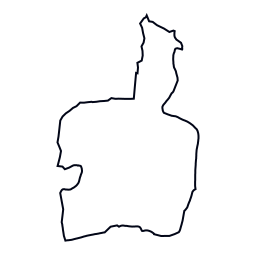 Harad, Hajjah, Yemen
{"feature_id": "15242507B65973742405389", "entity_name": "Harad", "entity_type": "district", "adm_level": 2, "iso_a3": "YEM", "parent_name": "Yemen", "parent_adm1": "Hajjah", "projection": "equal_earth", "projection_center": [43.134, 16.476], "detail": "fine", "context": "isolated", "style": "outline", "palette": "ink", "viewbox_px": 256, "rotation_deg": 0, "n_neighbors": 0, "source": "geoboundaries", "source_scale": "gbopen_adm2", "svg_char_len": 4729}
<svg xmlns="http://www.w3.org/2000/svg" viewBox="0 0 256 256"><path d="M174.7,31.1L173.9,30.8L173.4,30.6L173.1,30.7L170.2,31.7L169.4,32.0L163.9,28.5L159.7,26.5L157.0,25.2L152.7,21.9L149.1,21.3L146.7,15.4L145.8,17.3L143.8,18.4L140.1,23.5L142.1,27.8L143.1,33.2L144.4,38.3L143.6,42.6L141.5,46.4L142.5,50.9L142.7,55.6L141.7,60.6L137.4,62.8L138.0,67.5L137.5,73.3L136.1,72.9L134.8,87.2L133.8,98.7L130.1,98.9L126.1,98.9L119.2,98.7L118.6,98.7L118.3,98.7L116.0,98.8L115.2,98.8L111.4,98.1L107.9,100.6L104.0,101.0L100.1,101.2L96.3,101.8L92.4,102.1L91.7,101.8L87.7,102.2L83.9,102.7L80.1,102.6L79.5,103.2L76.5,106.2L73.0,107.9L69.5,110.9L65.9,113.3L62.6,116.5L60.3,120.5L59.7,125.9L59.1,131.3L58.5,136.6L57.5,142.4L59.3,146.7L61.0,151.0L59.9,157.1L57.6,166.0L62.5,166.6L64.8,169.2L65.4,169.0L66.5,168.6L68.4,167.9L69.2,167.6L72.5,165.8L73.1,165.5L74.2,165.2L75.1,165.2L76.4,165.2L76.9,165.2L77.9,165.6L78.3,165.4L79.0,165.6L79.9,165.7L80.6,166.0L81.0,166.3L81.5,167.8L81.7,168.3L81.8,168.8L81.9,169.9L82.0,170.5L82.0,171.1L81.9,172.0L81.8,172.4L81.4,173.5L81.1,174.2L80.9,174.6L80.6,175.8L80.0,177.4L79.7,178.6L79.4,179.9L79.1,181.1L78.7,182.3L78.2,183.3L77.5,184.2L76.8,185.1L76.0,185.9L75.2,186.5L74.3,187.2L73.4,187.8L72.5,188.2L71.2,189.1L70.3,189.5L69.4,189.6L68.4,189.7L67.5,189.6L66.4,189.5L65.5,189.5L64.5,189.2L63.5,189.2L62.6,189.4L61.8,190.1L61.2,191.0L60.7,192.0L60.2,193.0L63.2,209.3L62.7,213.8L61.7,222.2L62.0,223.4L62.3,224.7L62.4,225.8L62.6,227.0L62.8,228.2L62.9,229.4L63.1,230.7L63.3,231.9L63.5,233.2L63.7,234.5L63.9,235.9L64.3,237.1L64.7,238.4L65.1,239.6L65.4,240.6L66.6,240.4L67.5,240.3L68.8,240.2L70.1,240.0L71.1,239.9L72.1,239.7L73.2,239.4L74.2,239.1L75.1,238.9L76.2,238.6L77.2,238.4L78.3,238.1L79.2,237.9L80.3,237.6L81.5,237.3L82.3,237.0L82.5,237.0L83.6,236.6L84.8,236.3L85.7,236.1L86.6,235.8L87.6,235.6L88.5,235.4L89.6,235.2L90.6,235.0L91.6,234.8L92.8,234.6L93.7,234.4L95.0,234.1L96.1,234.0L97.2,233.8L98.4,233.6L99.6,233.3L100.7,233.1L101.8,232.9L102.7,232.7L103.7,232.5L104.7,232.4L104.8,232.3L110.6,226.7L117.1,225.4L119.0,226.7L119.9,226.2L120.9,225.8L121.8,225.6L122.8,225.5L123.7,225.6L124.8,225.8L125.7,225.9L126.8,225.9L127.9,226.1L129.1,226.3L130.1,226.4L131.1,226.5L132.3,226.6L133.2,226.5L134.5,226.5L134.9,226.5L135.8,226.4L136.7,226.4L137.7,226.4L138.6,226.6L139.5,226.9L140.3,227.7L140.9,228.7L141.0,228.9L141.4,229.8L141.9,230.8L142.8,231.0L143.9,230.8L144.9,230.5L145.9,230.4L146.9,230.4L147.8,230.5L148.9,230.8L149.8,231.1L150.7,231.5L151.6,231.9L152.5,232.6L153.3,233.1L154.1,233.8L154.1,234.2L160.7,235.9L161.2,236.0L169.5,235.9L174.6,234.1L178.8,232.2L179.1,231.7L179.7,230.7L180.1,229.6L180.5,228.2L180.8,227.1L181.2,225.7L181.6,224.4L181.9,223.1L182.3,221.7L182.6,220.5L184.3,210.9L184.5,210.8L185.6,209.6L187.2,207.5L187.6,206.4L188.0,205.2L188.4,204.1L188.9,202.8L189.4,201.6L189.9,200.6L190.2,199.4L190.7,198.1L191.1,196.9L191.5,195.6L191.8,194.4L192.1,193.2L192.4,192.0L193.0,191.1L193.7,190.3L194.6,189.6L195.5,189.2L195.4,188.1L195.2,186.9L195.1,185.6L195.1,184.2L195.1,183.0L195.1,181.6L195.2,180.2L195.2,178.9L195.2,177.2L195.2,176.0L195.2,174.6L195.3,173.1L195.3,171.7L195.3,170.3L195.4,168.9L195.5,167.5L195.6,166.1L195.7,164.8L195.7,163.6L195.8,162.3L195.9,161.0L196.0,159.7L196.2,158.4L196.2,157.1L196.3,155.8L196.3,154.2L196.4,152.8L196.5,151.5L196.6,150.1L196.8,148.9L197.1,147.5L197.3,146.3L197.6,145.0L197.9,143.6L198.0,142.4L198.2,141.2L198.3,139.8L198.5,138.5L198.5,137.2L198.5,136.3L198.5,135.9L198.4,134.7L198.2,133.3L197.9,132.1L197.5,130.8L197.0,129.8L196.4,128.9L195.6,128.3L194.9,127.5L194.0,126.6L193.3,125.8L192.4,125.0L191.4,124.3L190.5,123.6L189.6,123.0L188.8,122.5L187.8,121.9L187.2,121.6L186.9,121.4L185.9,121.0L184.8,120.5L183.9,120.2L182.9,119.8L182.0,119.4L180.8,118.8L179.8,118.3L178.9,117.8L177.9,117.2L177.0,116.8L176.9,116.8L176.0,116.4L175.1,116.2L174.0,116.1L172.8,115.9L172.0,115.8L171.8,115.8L169.3,114.9L168.1,114.5L163.9,112.8L163.3,111.8L162.8,110.6L162.6,109.3L162.4,108.1L162.4,107.9L162.4,106.9L162.9,105.7L163.5,104.7L164.2,103.9L165.0,103.0L165.7,102.1L166.3,101.2L167.1,100.3L167.9,99.4L168.6,98.5L169.3,97.6L169.9,96.4L170.5,95.3L171.1,94.2L171.7,93.2L172.4,92.7L173.3,91.6L173.9,90.2L174.6,88.4L177.7,80.5L177.5,77.7L176.2,73.0L176.1,72.3L175.8,71.1L175.2,69.8L174.7,68.7L174.1,67.6L173.8,66.3L173.7,65.1L173.4,63.6L173.4,62.3L173.3,61.0L173.2,59.7L173.2,58.2L173.3,56.9L173.3,56.2L173.3,55.7L173.5,54.5L173.9,53.1L174.4,52.1L175.0,49.4L175.5,48.7L177.2,48.2L180.5,49.0L181.6,49.4L182.1,49.5L182.3,49.0L182.1,48.0L182.3,46.1L181.0,42.8L176.3,39.5L175.7,38.5L175.0,37.6L174.6,36.5L174.5,35.9L174.4,35.3L174.4,34.8L174.4,34.7L174.4,34.4L174.4,34.2L174.5,31.7L174.6,31.4L174.7,31.2L174.7,31.1Z" fill="none" stroke="#020617" stroke-width="2"/></svg>